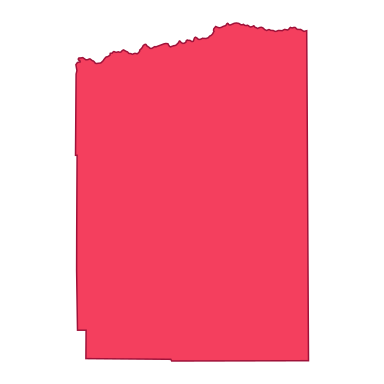 Duchesne, Utah, United States of America (orthographic projection)
{"feature_id": "52423323B70589658228764", "entity_name": "Duchesne", "entity_type": "district", "adm_level": 2, "iso_a3": "USA", "parent_name": "United States of America", "parent_adm1": "Utah", "projection": "orthographic", "projection_center": [-110.49, 40.32], "detail": "fine", "context": "isolated", "style": "filled", "palette": "rose", "viewbox_px": 384, "rotation_deg": 0, "n_neighbors": 0, "source": "geoboundaries", "source_scale": "gbopen_adm2", "svg_char_len": 2834}
<svg xmlns="http://www.w3.org/2000/svg" viewBox="0 0 384 384"><path d="M76.1,74.1L75.5,155.3L77.1,155.3L76.7,231.8L76.6,270.1L77.5,330.2L86.1,330.2L85.9,358.6L170.8,359.3L171.7,361.0L308.5,360.7L307.6,194.3L307.3,132.9L306.7,30.7L303.9,31.4L300.6,29.4L300.1,29.5L298.5,29.4L297.4,29.4L296.5,28.8L295.9,28.1L295.0,27.4L293.9,27.4L292.5,27.9L291.0,27.7L290.4,27.4L289.5,28.2L289.0,29.0L287.7,30.0L286.1,29.7L284.7,29.4L283.4,30.0L282.2,30.7L281.0,30.6L279.6,30.5L278.2,30.5L277.1,31.0L275.8,31.4L274.7,31.3L273.6,30.6L271.8,30.4L270.5,30.4L269.7,29.7L268.6,29.6L266.7,30.5L264.7,29.6L264.2,29.1L263.2,28.1L261.6,27.3L260.0,27.4L258.8,27.9L257.7,28.5L256.1,27.6L255.2,27.4L254.5,26.6L254.0,25.9L253.6,25.8L253.1,26.2L252.1,26.6L250.6,27.0L249.3,26.5L248.5,25.7L247.3,25.2L246.3,25.6L244.4,25.3L244.1,24.8L243.3,24.3L242.6,24.7L241.0,24.8L239.8,24.0L238.8,23.4L236.4,23.0L234.2,23.3L231.9,24.3L230.7,24.9L229.2,24.9L228.5,24.4L228.3,23.8L227.6,23.3L226.8,23.8L225.7,25.6L224.0,26.1L222.5,26.7L221.3,27.4L219.3,27.8L217.5,27.3L216.6,26.9L215.7,26.5L215.1,27.2L213.8,28.8L213.5,30.3L214.0,31.3L213.3,32.5L212.8,33.6L212.0,34.6L211.0,35.5L209.8,36.0L208.7,37.2L207.9,38.0L207.3,38.0L206.6,38.4L205.6,38.5L204.5,38.4L203.5,38.4L202.7,38.2L202.1,38.5L201.3,38.9L200.1,39.4L198.9,39.4L198.2,39.3L197.5,38.4L196.2,37.6L195.6,37.2L194.8,37.6L194.3,38.3L193.9,39.6L193.3,41.2L192.0,41.6L191.1,41.1L190.0,40.4L188.8,40.3L187.7,40.4L187.3,40.0L186.6,40.4L186.1,41.0L186.0,42.0L184.4,43.2L182.8,43.4L181.2,42.6L180.1,41.2L179.4,41.0L178.9,41.8L178.5,42.7L177.4,43.7L176.6,44.7L175.6,45.3L174.7,45.6L173.7,45.7L172.6,46.1L170.4,46.9L169.4,46.2L168.5,44.9L168.0,43.8L167.2,43.6L165.8,43.5L164.1,43.8L155.8,46.9L155.0,46.6L154.2,46.9L153.2,47.5L152.1,48.3L151.0,48.4L150.0,48.3L149.5,47.7L148.7,47.1L147.8,46.5L146.9,45.9L146.4,45.1L146.0,44.5L145.2,44.3L144.6,44.6L143.6,45.2L143.0,45.9L142.4,47.2L141.5,48.4L140.5,49.4L139.7,50.1L139.7,51.1L139.2,51.9L138.6,52.7L137.8,53.3L137.6,53.6L136.9,53.8L136.4,53.6L135.6,53.4L134.5,53.4L133.5,53.8L132.5,54.3L131.8,54.1L130.9,53.6L129.7,53.5L128.8,53.4L128.2,52.7L127.5,51.9L126.6,51.6L125.5,51.0L124.5,50.5L123.7,49.9L123.0,50.1L122.3,50.6L121.7,51.1L121.0,51.9L120.5,52.2L119.4,52.2L118.3,51.8L117.6,52.0L116.6,52.3L115.4,52.2L114.5,51.7L113.7,51.6L112.9,52.2L112.2,53.1L110.9,53.3L110.3,53.3L110.1,53.9L110.2,54.2L110.0,55.1L109.5,55.4L108.6,56.2L107.5,56.7L106.4,56.9L105.7,57.3L104.9,58.3L104.0,59.4L103.2,60.7L102.0,61.8L101.3,62.6L100.2,63.1L99.1,63.2L97.9,63.3L96.7,63.5L95.4,63.3L94.5,62.1L93.4,61.0L92.3,60.7L91.4,59.9L90.5,59.3L90.0,58.9L89.1,59.0L88.3,59.5L86.9,59.8L85.6,59.7L84.7,58.9L83.7,58.3L82.8,57.6L81.0,57.9L78.9,58.0L78.4,58.6L78.3,59.6L78.8,60.2L79.6,60.3L80.1,61.2L80.2,61.9L78.9,62.1L77.4,62.5L75.9,64.7L76.9,70.6L76.1,74.1Z" fill="#f43f5e" stroke="#9f1239" stroke-width="1.5"/></svg>